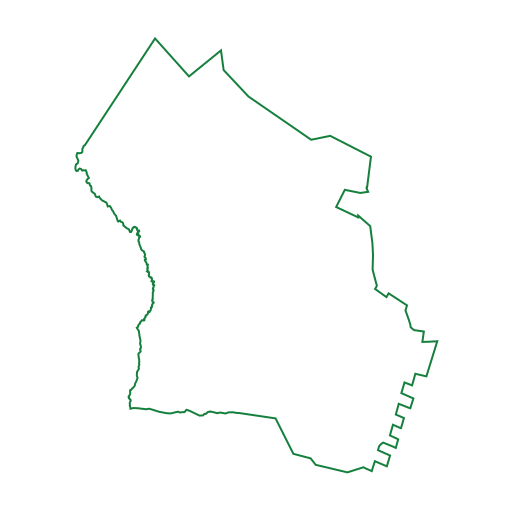 outline of Chongwe, Lusaka, Zambia, rotated 187°
{"feature_id": "96606910B32717004733154", "entity_name": "Chongwe", "entity_type": "district", "adm_level": 2, "iso_a3": "ZMB", "parent_name": "Zambia", "parent_adm1": "Lusaka", "projection": "equal_earth", "projection_center": [28.753, -15.39], "detail": "fine", "context": "isolated", "style": "outline", "palette": "green", "viewbox_px": 512, "rotation_deg": 187, "n_neighbors": 0, "source": "geoboundaries", "source_scale": "gbopen_adm2", "svg_char_len": 5961}
<svg xmlns="http://www.w3.org/2000/svg" viewBox="0 0 512 512"><g transform="rotate(187 256 256)"><path d="M80.4,191.0L80.2,201.5L90.1,201.7L93.8,204.1L94.3,206.2L96.1,210.4L101.0,220.2L100.1,225.4L119.8,235.1L121.5,231.1L133.8,237.8L132.7,240.3L132.4,241.5L132.7,242.0L133.8,244.6L138.6,256.7L140.0,271.4L142.1,283.3L146.3,299.6L159.5,308.6L159.3,306.8L182.4,314.4L175.9,332.5L160.1,331.3L152.5,333.4L154.5,336.5L154.5,337.7L154.1,337.7L154.0,368.6L197.0,384.3L215.4,378.1L282.8,413.3L310.8,436.6L315.8,455.8L344.4,426.1L382.7,459.6L439.4,345.0L440.3,344.5L440.8,342.7L441.4,341.1L441.0,338.3L441.7,337.2L443.9,336.4L445.8,336.5L446.3,334.8L446.3,332.9L444.7,330.3L443.9,328.8L444.3,326.2L445.8,325.0L446.0,323.2L446.0,321.2L445.6,319.8L445.0,318.8L444.5,318.5L443.2,318.9L442.9,319.9L442.6,320.4L441.7,321.3L440.1,321.0L439.0,319.6L438.8,319.6L438.0,320.1L436.5,320.0L435.5,320.4L434.1,318.1L434.0,316.9L431.4,313.0L432.5,311.9L433.1,311.1L433.6,309.4L432.2,307.8L430.7,308.0L430.1,307.8L429.5,306.0L429.3,305.7L428.2,305.2L427.8,304.2L427.2,300.4L426.2,299.5L423.5,298.0L422.3,295.5L421.1,295.1L420.5,295.1L419.0,295.9L418.3,294.7L415.4,292.3L413.9,291.9L412.9,291.4L411.4,291.0L410.2,289.7L409.7,288.1L409.2,287.1L407.2,287.8L405.6,286.1L404.7,284.3L404.4,284.0L403.5,283.3L401.7,280.5L399.9,279.0L399.0,277.1L397.5,273.9L396.9,273.4L395.3,274.6L394.3,273.5L392.4,273.0L391.4,271.1L391.4,270.1L388.8,268.6L387.9,267.9L385.4,267.0L384.0,264.5L383.5,264.5L383.0,264.6L382.9,264.9L382.5,265.7L382.4,266.5L382.2,266.8L382.2,267.2L382.1,267.5L382.0,268.1L381.8,268.3L381.7,268.7L381.2,269.5L380.9,269.8L379.8,270.2L379.6,270.1L379.5,269.7L378.8,269.7L378.6,269.5L377.9,269.5L377.8,269.2L377.6,269.0L377.4,268.7L377.4,268.2L377.2,267.7L376.7,266.8L376.3,266.9L375.8,267.1L375.1,267.0L375.0,266.8L375.0,266.2L375.4,265.7L375.7,265.6L376.1,265.2L376.8,263.7L376.9,263.1L376.6,262.5L376.3,262.5L376.0,262.8L375.8,263.7L375.5,263.6L375.4,263.3L375.3,263.0L375.0,262.7L375.1,261.9L375.0,261.7L374.6,261.6L373.7,261.6L373.4,261.3L373.3,261.0L373.9,260.5L374.3,259.6L374.4,258.0L374.6,257.8L374.5,256.6L374.4,256.2L373.8,255.7L373.7,255.4L373.5,254.7L373.4,254.4L373.4,254.1L373.3,253.6L373.1,253.3L371.9,251.1L371.7,250.8L371.3,250.1L370.8,248.7L370.1,248.0L369.9,247.9L369.6,247.6L367.9,247.0L367.4,246.0L367.4,245.7L366.9,245.0L366.5,244.5L366.3,243.4L366.4,242.8L366.6,241.9L366.6,241.6L366.4,241.5L366.3,241.3L365.7,240.9L365.4,240.5L365.1,240.0L365.1,239.5L364.9,239.1L365.2,238.9L365.7,238.9L365.9,238.8L365.9,238.4L365.0,237.1L364.7,236.7L364.3,236.4L363.7,235.5L363.6,235.2L363.5,234.9L363.3,234.1L362.9,233.9L362.5,234.2L362.3,234.2L362.3,232.9L362.4,232.4L362.3,231.5L362.0,231.4L361.9,230.7L362.2,230.6L362.4,230.0L362.1,228.9L361.8,228.6L361.7,228.2L361.9,227.7L362.2,227.4L361.7,227.1L361.4,227.7L361.1,227.7L360.7,227.5L360.4,226.7L360.2,226.5L359.9,225.3L360.0,224.8L360.2,224.0L359.9,223.7L359.7,222.7L359.3,222.7L358.4,222.2L358.1,221.7L357.4,222.0L357.1,221.9L357.0,221.3L356.7,221.1L356.5,220.8L356.4,220.0L356.6,218.7L356.6,218.1L355.9,218.0L355.5,218.2L355.1,218.0L354.5,218.5L354.3,218.4L354.3,218.1L354.1,217.9L354.1,217.6L354.2,217.3L354.5,217.1L354.6,216.5L354.9,216.4L355.0,216.2L354.9,215.2L354.5,214.7L354.0,214.9L353.7,214.9L353.4,214.6L353.7,214.2L353.9,213.6L353.8,213.0L353.9,212.7L354.1,212.2L354.1,211.5L354.1,211.2L354.3,211.2L354.3,210.1L353.9,209.9L353.6,209.8L353.4,208.8L353.6,208.3L353.8,208.0L354.0,207.0L353.7,205.1L353.4,201.2L353.2,200.9L353.3,200.0L353.5,199.9L353.4,199.6L353.6,198.9L353.0,197.8L352.0,197.6L351.9,197.2L352.0,196.8L352.3,196.5L353.2,195.2L353.2,194.3L353.0,193.9L353.0,193.3L353.1,193.1L353.2,192.5L353.3,192.3L353.7,192.5L353.8,192.3L353.8,192.1L354.0,191.8L353.8,190.8L353.9,190.4L353.9,189.8L354.0,189.2L354.4,188.7L354.7,187.7L354.9,187.4L355.1,187.4L356.1,187.9L356.3,187.6L356.3,186.2L356.5,185.4L356.5,185.1L356.7,184.6L358.1,183.6L358.2,183.0L358.4,182.8L358.4,182.7L358.1,182.4L358.2,181.9L358.6,181.5L358.9,180.6L359.5,179.6L359.1,179.4L358.9,179.1L359.0,178.6L359.4,178.3L360.0,178.4L361.4,178.3L361.8,177.3L362.4,176.9L362.8,176.3L362.8,175.7L363.0,175.5L363.0,174.7L363.6,174.3L364.5,172.6L364.3,171.6L365.6,170.2L363.2,167.4L361.7,161.8L360.3,157.9L360.4,155.0L360.0,153.9L359.6,153.5L359.5,152.6L359.2,152.0L359.1,151.3L359.1,150.8L359.4,150.2L359.5,149.5L359.7,149.4L359.6,148.8L359.2,148.3L358.9,147.4L359.2,146.6L360.6,145.1L360.8,143.6L360.4,142.8L360.2,141.7L359.9,140.5L359.3,138.9L358.9,136.2L359.1,135.2L358.6,134.1L358.7,133.2L358.9,132.5L359.1,131.6L358.8,130.8L358.5,130.2L358.7,129.2L359.9,126.6L359.9,124.7L359.7,122.8L359.4,122.0L358.8,121.0L358.8,120.2L359.7,116.4L360.1,115.5L360.4,114.8L360.5,113.8L360.5,112.9L360.7,112.2L361.1,111.5L361.5,111.0L361.9,110.3L362.6,109.6L363.1,108.9L363.5,108.0L363.9,107.9L364.5,107.6L364.5,107.0L364.4,105.7L364.2,105.0L364.1,103.9L364.2,103.1L364.6,102.3L364.8,101.8L365.1,101.5L365.3,101.1L365.3,100.6L365.1,100.3L364.7,100.1L364.8,99.4L363.7,98.3L363.2,98.3L363.0,98.0L362.7,97.3L362.8,96.8L363.1,96.3L363.1,95.6L363.4,94.8L363.0,92.7L363.1,92.1L362.6,91.3L362.2,90.1L362.0,89.1L359.0,90.2L354.7,90.5L346.4,90.5L343.4,91.4L338.0,90.5L333.4,89.6L325.9,89.1L321.6,89.3L314.7,91.9L314.1,91.9L312.4,91.4L311.0,91.8L307.9,92.4L307.2,93.4L306.5,94.7L306.1,94.9L302.6,94.1L292.6,90.7L289.2,91.3L288.0,93.0L286.7,93.1L284.6,95.4L282.9,95.7L282.7,96.1L277.5,95.6L275.3,95.2L273.9,95.9L271.6,96.3L270.2,96.1L269.1,96.1L267.3,95.9L264.3,97.4L260.0,98.1L256.2,97.9L253.8,98.1L216.8,97.2L194.8,64.2L177.1,61.8L171.3,56.0L138.9,52.4L123.6,59.4L121.5,58.6L114.9,56.6L113.0,66.8L100.5,63.2L98.6,74.3L111.2,78.1L110.8,81.2L110.6,82.1L110.0,83.2L108.5,85.0L107.0,86.3L96.4,83.4L93.9,82.5L92.5,91.4L101.2,94.2L99.5,105.2L91.6,102.8L91.1,102.8L89.4,113.2L97.9,115.7L96.3,126.7L85.2,123.8L84.3,123.7L82.4,133.8L95.0,137.6L93.2,148.6L85.3,146.6L83.5,158.5L72.2,157.3L65.7,193.5L74.3,191.9L80.4,191.0Z" fill="none" stroke="#15803d" stroke-width="2"/></g></svg>